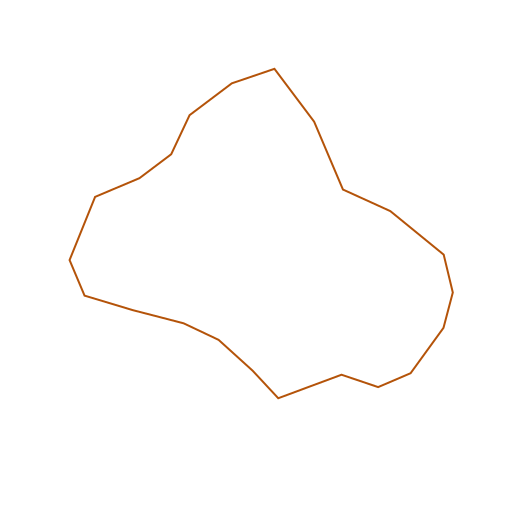 Tjörn, Västra Götaland, Sweden (orthographic projection), rotated 67°
{"feature_id": "70781695B41142122613038", "entity_name": "Tjörn", "entity_type": "district", "adm_level": 2, "iso_a3": "SWE", "parent_name": "Sweden", "parent_adm1": "Västra Götaland", "projection": "orthographic", "projection_center": [11.643, 58.001], "detail": "fine", "context": "isolated", "style": "outline", "palette": "amber", "viewbox_px": 512, "rotation_deg": 67, "n_neighbors": 0, "source": "geoboundaries", "source_scale": "gbopen_adm2", "svg_char_len": 436}
<svg xmlns="http://www.w3.org/2000/svg" viewBox="0 0 512 512"><g transform="rotate(67 256 256)"><path d="M328.1,82.7L267.2,114.8L228.8,150.0L155.1,150.0L90.9,165.9L87.6,210.8L100.4,262.1L129.2,294.3L138.8,332.8L138.7,381.0L186.9,429.2L225.5,429.3L257.6,390.7L289.7,348.9L318.6,323.2L360.3,303.9L395.6,291.1L398.7,223.7L424.4,194.8L424.3,159.5L395.4,111.5L366.5,89.1L328.1,82.7Z" fill="none" stroke="#b45309" stroke-width="2"/></g></svg>